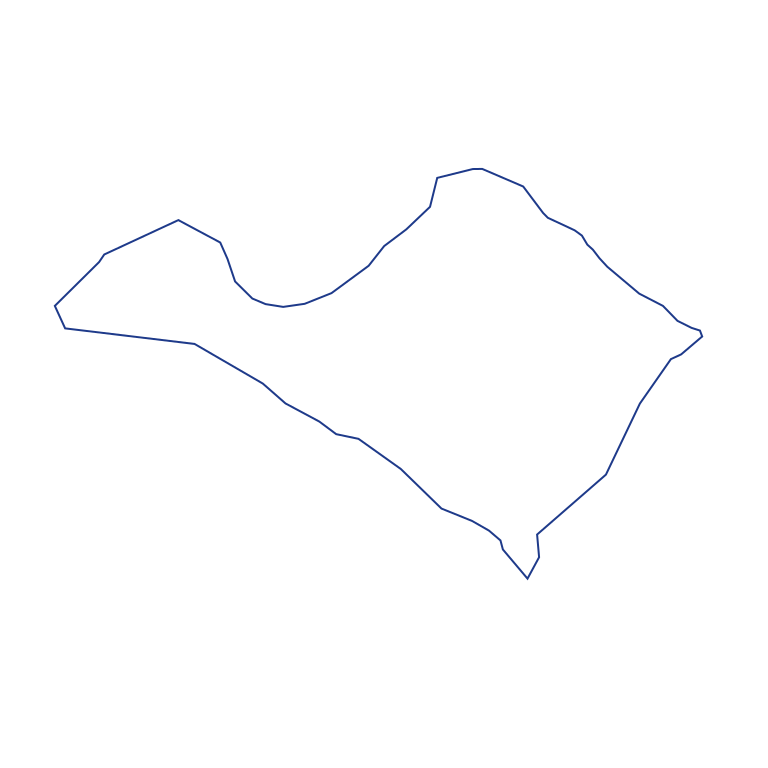 Ajdovščina, Mercator projection, rotated 175°
{"feature_id": "SVN-1022", "entity_name": "Ajdovščina", "entity_type": "Municipality", "adm_level": 1, "iso_a3": "SVN", "parent_name": "Slovenia", "parent_adm1": "", "projection": "mercator", "projection_center": [13.898, 45.914], "detail": "fine", "context": "isolated", "style": "outline", "palette": "blue", "viewbox_px": 768, "rotation_deg": 175, "n_neighbors": 0, "source": "natural_earth", "source_scale": "10m", "svg_char_len": 819}
<svg xmlns="http://www.w3.org/2000/svg" viewBox="0 0 768 768"><g transform="rotate(175 384 384)"><path d="M696.8,467.2L705.1,490.5L657.2,530.3L651.4,537.4L574.6,565.2L534.8,539.2L529.0,522.2L523.4,499.1L507.7,480.6L495.0,473.9L477.7,469.6L456.0,470.8L428.4,479.1L389.0,503.1L371.8,521.4L348.3,536.1L322.7,556.5L313.0,584.7L276.8,590.4L267.4,589.7L228.1,568.6L210.6,540.5L206.3,535.3L180.7,520.5L173.9,514.6L169.3,505.1L164.2,499.6L158.4,490.5L151.3,481.3L121.9,451.8L99.3,437.5L86.1,421.3L72.7,413.1L64.6,409.7L62.9,403.6L85.4,387.6L96.0,383.8L130.8,342.2L170.8,274.4L244.6,220.7L244.6,197.9L258.0,177.6L280.0,208.8L281.6,218.0L292.2,228.8L308.2,239.9L337.6,254.9L374.6,297.8L414.2,331.6L436.0,338.2L451.7,352.2L483.8,373.2L504.7,395.0L569.2,440.4L696.8,467.2Z" fill="none" stroke="#1e3a8a" stroke-width="2"/></g></svg>